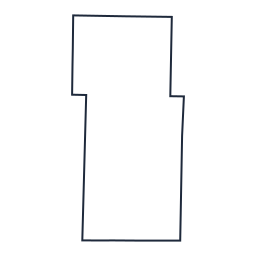 the district of Stone, Missouri, United States of America
{"feature_id": "52423323B45280868731791", "entity_name": "Stone", "entity_type": "district", "adm_level": 2, "iso_a3": "USA", "parent_name": "United States of America", "parent_adm1": "Missouri", "projection": "albers", "projection_center": [-93.458, 36.747], "detail": "fine", "context": "isolated", "style": "outline", "palette": "slate", "viewbox_px": 256, "rotation_deg": 0, "n_neighbors": 0, "source": "geoboundaries", "source_scale": "gbopen_adm2", "svg_char_len": 338}
<svg xmlns="http://www.w3.org/2000/svg" viewBox="0 0 256 256"><path d="M72.8,48.4L72.5,65.1L72.1,94.7L86.2,95.0L82.3,240.4L107.7,240.5L110.2,240.4L139.5,240.6L150.8,240.6L151.3,240.6L180.2,240.6L180.7,213.8L182.1,135.7L183.9,96.4L170.3,96.2L171.8,16.9L125.5,16.3L73.2,15.4L72.8,48.4Z" fill="none" stroke="#1e293b" stroke-width="2"/></svg>